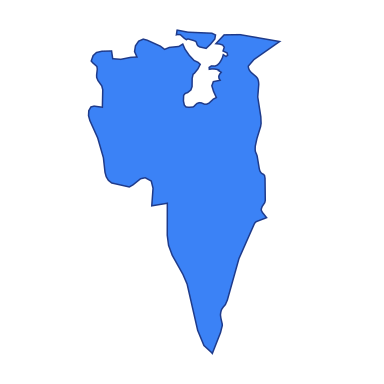 Sud-Comoé, Natural Earth projection, rotated 176°
{"feature_id": "CIV-3462", "entity_name": "Sud-Comoé", "entity_type": "Region", "adm_level": 1, "iso_a3": "CIV", "parent_name": "Ivory Coast", "parent_adm1": "", "projection": "natural_earth1", "projection_center": [-3.177, 5.67], "detail": "fine", "context": "isolated", "style": "filled", "palette": "blue", "viewbox_px": 384, "rotation_deg": 176, "n_neighbors": 0, "source": "natural_earth", "source_scale": "10m", "svg_char_len": 2554}
<svg xmlns="http://www.w3.org/2000/svg" viewBox="0 0 384 384"><g transform="rotate(176 192 192)"><path d="M183.0,29.5L183.7,30.5L190.8,38.0L196.0,53.6L203.3,100.5L206.8,110.5L216.1,130.2L219.1,140.4L219.7,150.5L217.4,182.5L233.1,181.0L230.6,198.5L231.9,205.8L237.7,209.5L242.4,208.8L250.3,203.3L254.2,201.4L271.5,206.6L274.6,209.5L276.5,213.2L277.4,217.7L278.0,232.4L282.3,252.5L288.9,270.4L289.9,275.4L289.3,280.3L286.9,283.9L283.7,284.5L275.5,282.8L273.9,300.2L274.6,304.1L278.0,309.7L279.1,312.9L279.0,315.3L277.9,321.2L278.1,323.8L278.9,324.7L282.1,327.9L283.4,329.7L281.1,335.0L277.6,337.8L272.1,338.7L262.4,338.3L261.8,330.5L253.8,329.3L243.8,330.6L237.5,330.5L239.5,336.1L238.2,341.8L234.7,346.2L230.0,347.9L226.2,346.6L213.4,339.7L209.4,336.2L204.5,337.8L194.9,338.1L190.9,340.2L189.0,334.9L185.2,328.5L180.8,323.1L176.9,320.9L174.9,318.8L177.5,314.4L181.3,310.3L182.7,309.4L183.9,305.4L184.6,297.1L186.0,293.9L189.4,291.5L191.9,290.8L193.6,289.0L194.2,283.4L193.6,279.2L192.0,277.2L189.2,276.7L185.2,276.7L184.0,277.3L182.6,278.6L180.8,280.0L178.6,280.6L176.6,280.3L173.3,278.7L171.2,278.6L168.8,279.5L164.2,283.2L161.1,284.5L163.5,290.9L164.8,296.6L163.0,300.6L156.1,301.5L157.2,303.7L157.2,305.7L156.2,307.6L154.5,309.4L156.7,311.1L157.8,311.5L156.1,311.5L158.4,312.5L160.9,313.1L163.5,313.4L166.2,313.2L166.2,315.1L163.9,316.4L160.2,316.0L157.8,316.9L155.7,318.7L153.9,321.1L152.3,323.8L151.2,326.8L148.6,324.8L146.9,325.9L147.3,328.3L151.2,330.5L149.7,334.2L151.2,336.5L154.2,337.7L157.8,338.3L149.0,346.5L133.0,345.6L94.1,336.0L121.0,319.8L127.1,313.6L127.0,312.0L126.7,310.6L126.2,309.4L125.5,308.3L124.7,307.2L120.2,302.8L119.4,301.8L118.7,300.7L118.3,299.4L118.0,297.9L117.9,296.4L117.9,294.7L119.8,282.2L118.1,262.2L118.3,255.6L119.0,252.5L123.5,240.8L125.7,233.3L126.0,230.5L126.0,228.2L125.6,226.8L125.1,225.5L124.5,223.3L123.3,210.8L122.9,208.5L122.3,207.2L121.6,206.1L120.6,205.3L119.4,204.6L118.5,203.4L118.2,200.5L119.5,178.4L120.2,176.3L123.0,172.7L124.0,170.4L124.2,169.0L123.2,166.7L119.4,161.2L129.2,158.2L130.4,157.7L131.3,156.9L132.1,155.8L149.8,122.3L164.3,81.7L166.6,77.3L168.9,75.0L170.5,73.0L171.1,71.8L171.7,70.0L172.2,67.4L172.0,64.1L171.1,58.4L171.1,56.7L173.4,49.7L183.0,29.5L183.0,29.5ZM196.6,349.9L195.6,354.5L195.4,354.5L184.9,351.7L161.1,349.0L157.6,347.0L158.6,343.0L163.2,338.2L167.9,334.3L174.3,336.2L176.1,337.6L176.8,339.2L177.1,340.8L177.8,342.0L179.8,343.0L185.0,344.9L186.0,344.9L187.0,344.3L189.1,346.0L192.7,349.8L195.9,350.1L196.6,349.9Z" fill="#3b82f6" stroke="#1e3a8a" stroke-width="1.5"/></g></svg>